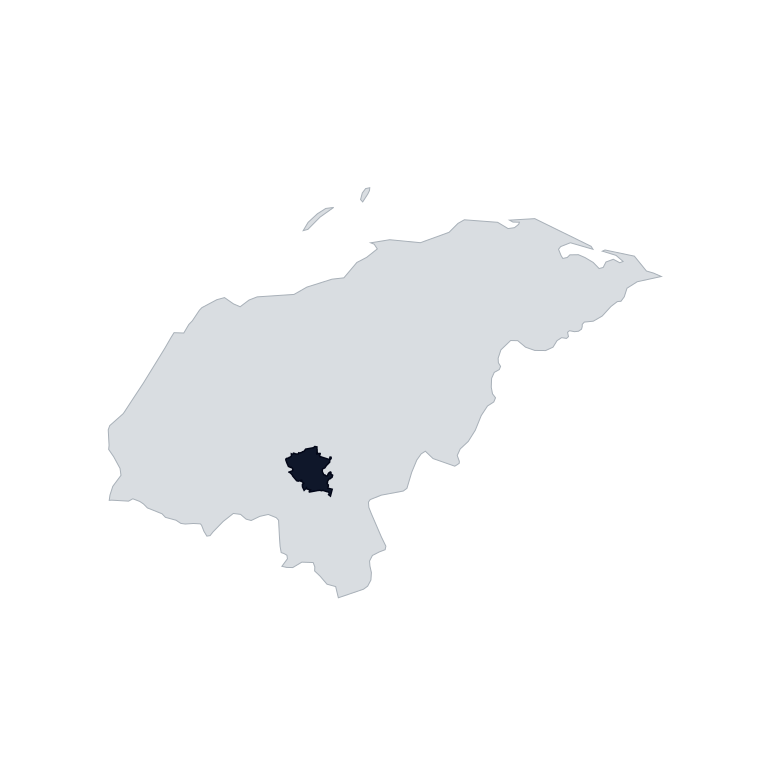 location of Distrito Central, Francisco Morazán, Honduras, rotated 344°
{"feature_id": "27666195B1179860840093", "entity_name": "Distrito Central", "entity_type": "district", "adm_level": 2, "iso_a3": "HND", "parent_name": "Honduras", "parent_adm1": "Francisco Morazán", "projection": "robinson", "projection_center": [-87.243, 14.133], "detail": "fine", "context": "in_parent", "style": "filled", "palette": "ink", "viewbox_px": 768, "rotation_deg": 344, "n_neighbors": 0, "source": "geoboundaries", "source_scale": "gbopen_adm2", "svg_char_len": 6711}
<svg xmlns="http://www.w3.org/2000/svg" viewBox="0 0 768 768"><g transform="rotate(344 384 384)"><path d="M680.2,357.1L655.6,355.5L644.0,358.9L639.0,366.4L634.6,369.8L631.0,369.1L623.6,372.0L612.5,378.8L602.5,381.3L593.6,379.7L591.0,381.3L590.3,383.6L589.0,385.7L585.5,386.9L581.5,386.2L577.0,383.9L574.7,384.9L574.4,389.3L572.0,390.5L567.5,388.4L562.3,390.0L556.6,395.2L548.6,396.4L538.2,393.3L530.2,387.6L524.5,379.2L517.7,377.1L505.8,383.4L500.8,390.7L499.8,395.1L500.9,399.2L498.8,401.9L493.2,403.2L489.0,408.2L486.2,416.7L485.6,423.4L487.4,428.0L484.6,431.5L477.4,433.7L468.8,441.1L459.0,453.6L449.2,462.4L439.4,467.4L434.7,472.9L435.1,479.0L434.5,480.9L432.6,481.6L429.4,482.5L410.6,469.2L405.2,460.0L400.5,461.4L394.6,466.1L386.3,476.5L377.3,490.6L373.0,492.2L350.7,490.1L338.9,491.3L336.5,493.2L335.4,498.4L336.1,505.3L339.3,530.2L341.1,540.4L339.4,543.6L333.4,544.1L325.6,545.6L321.3,550.2L320.3,555.1L319.9,561.8L317.4,568.8L312.6,573.8L307.8,575.6L281.2,576.9L281.7,565.4L274.0,560.7L269.6,551.1L265.8,544.6L267.1,540.7L266.7,536.1L255.9,532.6L245.7,535.3L239.9,533.5L235.6,531.1L243.0,525.4L243.5,521.9L241.1,519.4L238.7,517.7L239.4,511.3L241.0,503.7L245.1,485.9L243.6,482.8L236.8,477.5L228.2,477.0L218.7,478.6L214.2,475.9L210.2,469.8L203.5,466.9L191.5,471.8L178.8,479.1L175.0,481.8L171.8,481.4L170.3,475.9L169.7,469.4L168.9,467.8L162.2,465.5L154.3,463.8L150.3,462.0L146.5,457.6L137.1,451.9L134.9,447.6L122.4,437.9L119.8,433.1L116.9,429.6L110.9,425.1L106.2,426.2L90.2,420.6L87.8,420.1L90.0,415.2L95.1,407.6L106.0,399.3L107.0,392.4L104.1,379.4L101.3,371.0L102.8,367.2L106.3,352.0L108.9,348.4L124.8,340.8L126.3,339.7L138.8,328.9L152.7,317.0L167.2,303.8L183.3,289.1L192.2,280.5L196.3,276.8L205.6,279.8L212.9,272.9L217.1,270.5L226.9,262.2L230.0,260.4L246.5,256.9L254.5,257.0L261.4,265.5L267.0,270.1L277.4,266.1L286.1,265.3L322.2,273.1L336.6,269.6L362.9,268.9L374.7,270.9L391.4,259.7L402.2,257.5L414.8,252.3L413.1,246.9L410.1,244.6L429.3,246.9L457.9,258.2L488.4,256.1L499.4,250.0L506.5,248.3L537.8,259.9L546.1,268.8L552.5,269.7L557.5,267.6L558.8,265.8L552.6,263.9L549.8,261.1L574.5,266.6L621.0,308.7L622.0,312.1L602.1,299.6L591.7,300.6L588.9,302.6L589.6,309.4L590.5,312.6L595.0,312.9L598.3,311.1L606.5,313.3L612.0,317.8L618.6,324.8L622.6,332.3L626.8,332.4L631.0,327.9L638.8,327.3L644.0,332.4L647.6,332.1L642.5,324.3L630.5,316.5L633.4,316.1L659.9,330.1L667.4,347.7L673.7,351.7L680.2,357.1ZM368.6,205.9L353.4,214.4L348.6,214.3L355.6,207.7L366.9,202.0L376.4,199.2L384.3,200.4L368.6,205.9ZM420.9,196.8L413.7,203.1L412.3,200.3L415.8,194.4L420.2,191.1L424.4,191.4L423.4,194.0L420.9,196.8Z" fill="#d9dde1" stroke="#a8b0b8" stroke-width="1"/><path d="M268.3,442.6L269.4,443.5L270.5,445.5L270.6,445.8L270.7,446.1L270.8,446.2L270.9,446.4L270.9,446.5L270.8,446.8L270.8,447.0L270.9,447.3L273.4,452.9L273.5,452.9L273.6,453.0L273.8,453.0L274.0,453.0L274.3,453.5L274.5,453.5L275.0,453.8L275.3,453.7L275.5,453.7L275.8,453.5L276.1,453.6L276.3,453.8L276.5,454.0L276.9,454.2L277.0,454.3L277.1,454.2L277.3,454.0L277.3,453.9L277.3,453.7L277.5,453.6L277.8,453.7L278.1,453.8L278.4,453.9L278.4,454.0L278.2,454.3L278.2,454.5L278.2,454.8L278.0,455.0L279.6,457.1L279.6,457.3L279.4,457.5L279.1,457.6L278.8,457.6L278.7,457.6L278.4,457.9L278.2,458.0L278.1,457.9L277.8,458.2L277.3,460.4L277.9,464.2L280.7,462.6L280.5,463.2L280.6,463.4L282.0,464.2L282.1,464.4L282.3,464.4L282.7,464.7L282.8,464.8L283.1,464.9L283.3,465.0L283.5,465.1L283.7,465.3L283.8,465.5L284.0,465.6L283.7,465.8L283.3,466.0L283.1,466.0L283.0,466.3L282.7,466.5L282.4,467.0L282.5,467.1L282.6,467.3L289.6,468.0L291.0,468.1L292.3,468.4L292.6,468.4L292.9,468.4L293.9,469.0L294.1,469.1L294.3,469.2L294.4,469.3L294.7,469.4L295.5,469.4L295.9,469.4L296.0,469.4L296.1,469.5L299.8,472.0L300.2,472.1L300.4,472.2L300.6,472.3L300.8,472.3L300.9,472.5L300.9,472.8L301.0,472.9L301.2,473.0L301.3,473.3L301.3,473.5L301.1,474.1L301.0,474.3L300.9,474.6L300.6,474.7L300.5,474.8L300.3,475.0L300.2,475.1L301.6,477.0L305.2,470.9L301.3,468.6L301.4,468.4L301.5,468.1L301.9,467.5L302.1,467.2L302.3,467.0L302.4,466.5L302.5,466.4L302.5,466.0L302.6,465.8L302.5,465.7L302.5,465.3L302.4,465.2L302.2,464.9L302.1,464.6L302.1,464.4L301.9,464.0L301.9,463.7L302.0,463.6L302.3,463.2L302.5,463.1L302.6,462.8L302.7,462.5L302.8,462.1L303.0,461.9L303.2,461.7L303.4,461.5L303.4,461.4L303.5,461.3L303.9,461.0L304.4,460.7L304.7,460.5L304.9,460.4L305.0,460.3L305.1,460.1L306.4,460.2L307.1,459.7L308.3,459.4L309.5,457.5L308.1,455.9L307.9,455.7L308.0,455.5L308.2,455.3L308.4,455.2L308.5,455.0L308.6,454.8L308.6,454.6L308.6,454.4L308.6,454.2L308.4,454.0L308.3,453.9L308.1,453.9L308.0,453.7L307.9,453.7L307.8,453.8L307.7,454.0L307.3,454.2L307.2,454.2L306.7,454.2L306.6,454.3L306.3,454.4L306.2,454.6L305.9,454.7L304.3,456.5L304.2,456.5L303.8,456.6L303.5,456.7L303.3,456.7L303.2,456.7L302.3,455.4L302.2,455.2L301.8,455.0L301.6,454.9L301.3,454.7L301.1,454.7L301.0,454.3L300.9,453.6L300.5,451.5L301.0,449.5L301.7,448.6L304.0,448.3L306.1,446.5L310.2,444.2L310.3,443.8L310.4,443.5L310.5,443.4L310.5,443.1L310.6,442.9L310.8,442.3L310.8,442.2L311.1,442.1L311.4,441.9L311.8,441.7L312.2,441.4L312.4,441.0L312.5,440.9L312.8,440.8L312.9,440.5L312.8,439.6L311.9,439.4L310.9,441.7L303.1,436.5L303.1,436.4L302.8,436.4L302.7,436.5L302.6,436.4L302.5,436.2L302.4,436.1L302.4,435.8L302.5,435.7L302.4,435.2L302.4,434.9L302.5,434.7L302.7,434.3L303.3,433.8L303.3,433.6L303.5,433.3L303.5,433.2L303.3,433.1L303.2,433.0L302.9,433.0L302.6,433.0L302.4,433.0L302.1,432.9L301.9,432.9L301.8,432.7L301.7,432.7L301.3,432.8L300.9,432.9L300.4,432.8L300.2,432.8L300.2,432.7L300.1,432.4L300.2,432.2L300.4,432.2L300.6,431.9L300.6,431.7L301.0,431.4L301.1,430.8L301.1,430.7L301.1,430.4L301.1,430.2L301.2,429.9L301.4,429.4L301.5,429.1L301.6,428.6L301.7,427.9L301.7,427.5L301.7,427.4L302.2,426.0L300.3,425.0L298.6,425.8L290.7,425.0L289.6,425.9L288.5,426.7L286.9,426.7L286.0,427.1L284.0,427.1L283.1,426.6L282.2,427.7L279.6,426.8L279.1,426.2L278.8,426.1L278.7,426.0L278.4,425.8L278.2,425.7L278.2,425.8L277.9,425.9L277.9,426.0L277.3,426.1L277.1,426.2L276.6,426.1L276.2,426.0L276.0,425.9L275.9,425.8L275.7,425.6L275.2,427.5L275.0,427.9L274.8,428.1L274.7,428.1L274.4,428.1L274.2,428.2L274.0,428.3L273.9,428.3L273.7,428.3L273.4,428.4L273.2,428.5L272.9,428.5L272.7,428.6L272.3,428.5L272.2,428.6L271.9,429.0L271.7,429.1L271.2,428.9L270.8,428.9L270.5,428.7L270.4,428.6L270.0,428.8L269.4,428.9L269.1,429.0L268.9,429.3L268.8,429.6L268.7,429.9L268.9,433.2L269.4,436.6L269.4,436.8L269.5,436.9L269.5,437.0L269.8,437.2L270.1,437.4L270.2,437.5L270.4,437.7L270.6,437.9L270.8,438.1L271.0,438.3L271.3,438.5L271.6,438.5L271.8,438.5L272.0,438.5L272.1,438.8L272.4,439.1L272.9,441.1L272.1,442.2L268.3,442.5L268.3,442.6Z" fill="#0f172a" stroke="#020617" stroke-width="1.5"/></g></svg>